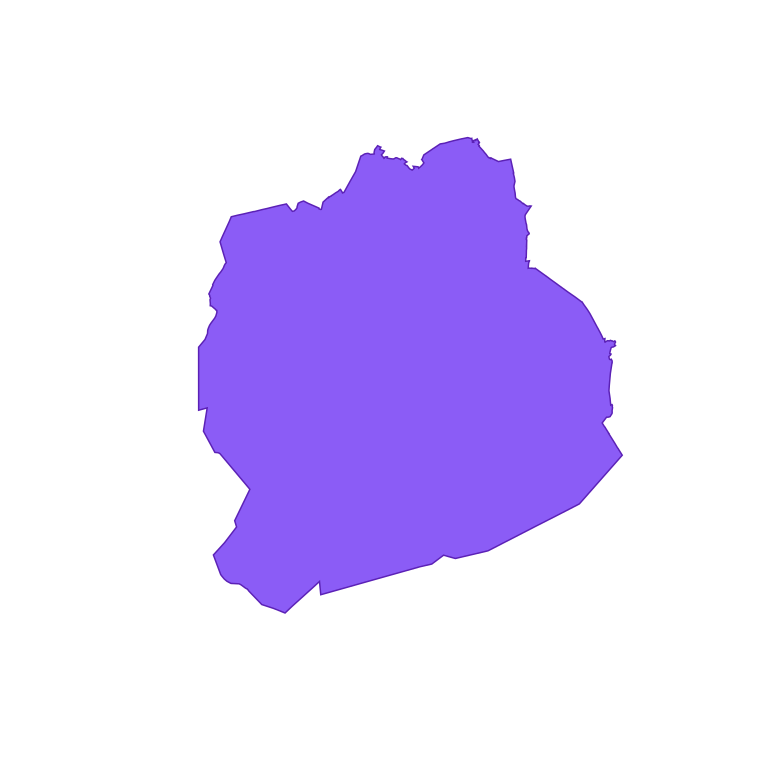 the district of Winterswijk, Gelderland, Netherlands, rotated 132°
{"feature_id": "6326949B79169073187594", "entity_name": "Winterswijk", "entity_type": "district", "adm_level": 2, "iso_a3": "NLD", "parent_name": "Netherlands", "parent_adm1": "Gelderland", "projection": "robinson", "projection_center": [6.688, 51.968], "detail": "fine", "context": "isolated", "style": "filled", "palette": "violet", "viewbox_px": 768, "rotation_deg": 132, "n_neighbors": 0, "source": "geoboundaries", "source_scale": "gbopen_adm2", "svg_char_len": 5979}
<svg xmlns="http://www.w3.org/2000/svg" viewBox="0 0 768 768"><g transform="rotate(132 384 384)"><path d="M230.2,553.7L245.2,547.2L256.6,544.7L268.2,542.0L268.6,542.0L269.4,542.6L269.8,542.7L269.8,542.8L269.5,543.3L269.3,543.7L269.2,544.4L268.6,546.1L268.6,546.7L269.9,546.9L271.6,547.0L274.1,547.8L278.0,548.7L279.2,549.1L279.7,549.0L280.1,549.3L280.3,549.4L280.5,549.4L281.0,549.6L281.4,549.6L281.8,549.8L281.8,550.2L282.1,550.3L282.2,550.1L282.4,549.8L282.7,549.8L282.8,550.1L283.1,550.2L283.4,550.4L289.6,551.0L296.1,547.4L296.8,548.0L297.3,549.6L296.8,550.0L298.4,554.9L300.6,561.5L301.8,566.2L304.5,567.7L307.1,568.7L308.5,568.1L310.6,567.1L311.1,566.6L312.7,566.3L313.2,566.4L314.3,566.4L315.3,566.5L315.8,566.7L316.3,567.1L317.0,567.6L316.6,570.7L315.5,577.0L317.6,578.5L321.2,581.1L328.5,586.1L331.5,588.1L336.0,591.3L342.3,595.5L343.3,596.4L351.5,602.1L356.6,605.8L361.9,609.4L367.1,607.6L382.8,602.7L385.5,601.8L387.8,601.1L388.1,600.9L394.6,590.4L399.4,582.4L401.0,582.4L402.7,582.0L404.8,581.2L406.2,580.8L407.7,580.6L409.9,580.3L412.4,580.2L417.6,579.5L420.2,579.1L424.8,577.8L425.2,577.1L427.5,576.4L434.3,574.4L434.7,573.0L435.5,572.1L436.3,570.3L437.8,569.7L440.4,566.9L442.1,565.5L441.4,564.3L441.3,559.7L441.2,559.4L441.5,558.4L441.2,557.5L442.6,556.1L445.9,554.5L448.3,553.9L454.7,553.3L457.1,552.9L460.0,551.9L462.0,551.0L464.6,548.9L470.7,546.8L480.7,546.4L527.5,504.2L520.1,499.4L539.9,486.6L544.7,473.1L548.0,463.9L546.0,461.2L545.5,459.4L552.0,413.2L585.5,403.5L588.9,397.9L608.5,396.3L625.2,396.4L634.9,377.8L635.2,376.4L635.8,372.3L635.7,368.7L634.6,364.3L629.4,357.9L628.9,355.8L628.4,350.6L628.0,348.7L627.8,348.4L628.3,345.9L628.5,343.3L629.5,329.4L629.7,327.3L624.7,316.0L620.4,304.3L610.3,303.5L583.4,300.7L573.9,299.8L582.9,290.0L527.1,254.8L513.5,246.2L495.9,235.1L485.8,228.0L471.4,225.2L465.9,214.2L438.4,195.1L388.3,176.1L364.1,166.8L342.4,158.6L277.5,159.3L275.5,166.3L275.5,166.2L275.4,166.5L275.3,166.9L275.3,167.0L275.1,168.0L273.5,173.1L270.5,183.7L270.3,183.6L270.1,184.5L268.4,190.4L268.3,190.5L268.0,192.3L267.1,195.4L266.9,195.8L259.8,196.4L258.6,195.2L257.1,194.2L256.7,194.2L255.9,194.4L254.9,194.5L254.7,194.6L253.7,194.7L253.2,194.9L252.7,195.2L251.0,196.8L250.5,197.1L250.3,197.2L249.9,197.5L248.7,198.3L248.5,198.5L248.2,199.1L248.0,199.3L247.2,199.8L246.7,200.8L246.9,201.0L248.0,201.4L243.3,206.5L240.5,209.9L238.5,212.3L234.2,215.7L224.6,222.9L215.6,228.8L215.5,228.7L215.3,228.9L214.2,229.9L213.5,231.7L213.9,231.9L214.3,231.9L214.5,232.1L214.7,233.0L214.1,233.9L213.4,235.0L213.1,235.3L212.3,235.2L211.6,235.1L210.2,235.1L209.8,235.5L210.2,236.0L210.3,236.2L210.3,236.6L210.1,236.8L209.3,237.3L206.5,238.8L205.0,239.5L204.8,239.5L204.2,239.3L202.9,238.3L200.9,237.7L200.5,237.6L200.4,237.7L200.4,238.0L200.7,238.6L200.7,238.8L200.1,239.4L199.0,239.7L198.8,239.8L198.3,239.9L197.9,240.0L197.6,240.7L197.5,241.3L198.8,241.7L199.1,242.5L199.1,242.8L199.2,243.2L199.3,243.3L199.6,243.6L200.0,244.9L200.1,245.0L201.3,245.4L201.8,246.3L202.2,246.8L202.6,247.0L203.1,247.2L204.9,247.7L205.0,247.9L205.0,248.1L204.7,248.4L204.2,248.8L204.1,249.0L202.4,250.2L203.9,251.2L202.4,254.6L200.9,258.4L200.4,259.9L199.8,261.5L199.7,261.7L199.1,263.6L197.0,269.4L194.0,277.8L193.2,280.6L192.6,282.8L191.3,288.7L190.5,291.7L190.7,291.8L191.5,300.5L192.6,309.0L194.9,330.9L195.1,333.3L196.8,348.9L196.8,349.0L197.1,348.9L197.8,349.9L198.9,351.5L199.0,351.4L199.1,351.5L201.2,354.2L201.4,354.3L199.7,355.7L198.7,356.4L198.5,356.6L197.2,357.5L196.7,357.8L195.7,358.0L195.4,358.2L195.1,358.4L197.8,360.6L198.0,360.8L195.4,363.1L195.0,362.8L191.7,365.6L189.5,367.5L188.0,368.6L185.4,370.9L185.5,370.9L181.4,374.3L181.3,374.5L181.4,374.9L180.2,375.9L179.9,375.7L178.5,376.9L178.4,376.8L177.5,376.9L175.2,376.6L175.0,376.9L174.6,377.7L174.5,377.9L174.6,378.3L174.5,378.7L174.0,380.0L173.4,381.0L173.1,381.5L170.3,384.6L169.9,385.2L169.5,386.0L166.4,390.0L165.5,391.0L165.2,391.3L164.5,391.8L163.7,392.2L163.3,392.3L153.3,393.7L154.0,394.7L155.0,395.5L155.5,395.9L155.8,396.4L156.1,396.8L156.2,397.5L156.5,399.4L156.5,400.2L156.6,401.3L157.0,401.3L157.0,405.2L157.4,406.6L157.5,408.2L157.9,409.5L157.9,410.0L157.2,411.3L154.4,414.3L152.9,416.3L150.7,419.1L150.1,419.7L149.6,420.1L146.0,422.1L145.6,422.4L145.5,422.6L143.4,425.2L140.8,429.0L140.4,428.8L132.2,440.3L137.8,444.6L142.1,447.8L144.2,454.9L144.3,455.7L144.9,456.3L145.0,456.2L145.0,456.3L145.2,456.2L145.6,457.1L145.7,457.5L145.7,457.8L145.7,458.7L145.2,461.1L145.1,461.3L145.0,462.0L144.9,462.8L144.7,464.5L144.4,465.8L143.7,472.7L143.0,472.8L142.9,474.4L140.7,474.6L140.6,474.8L141.1,475.2L140.4,475.8L140.2,476.7L139.5,478.7L141.3,478.9L141.0,479.3L143.1,480.3L144.3,479.0L145.1,479.9L145.1,480.1L144.9,480.1L142.9,483.0L143.1,483.0L144.8,486.6L149.4,490.0L149.5,490.1L151.9,491.8L153.5,492.9L156.5,495.0L160.9,497.9L161.3,498.1L164.4,500.0L168.0,502.9L175.9,504.9L176.4,505.1L176.8,505.1L176.7,505.1L187.1,507.7L191.6,506.1L191.9,506.2L193.0,502.3L195.4,502.1L197.1,502.2L198.3,502.3L200.4,502.6L199.9,503.4L199.8,503.8L199.8,504.0L200.0,504.3L202.7,508.0L203.4,505.9L206.1,506.1L206.3,506.4L206.4,507.0L206.9,508.8L206.9,509.1L206.7,510.6L206.2,513.0L206.5,513.4L206.6,513.8L206.8,514.5L206.8,516.2L205.5,516.2L203.6,515.6L203.8,516.7L203.8,518.2L204.0,519.4L204.0,519.8L203.8,520.9L204.2,521.4L204.3,521.6L204.4,521.9L206.1,521.8L206.2,522.6L206.8,524.1L207.1,525.2L207.3,525.8L207.5,526.1L207.8,526.5L208.4,526.8L210.2,527.3L210.3,527.5L211.0,528.2L212.5,530.4L214.0,532.8L212.9,533.4L213.0,533.7L214.5,535.1L215.8,534.9L216.3,535.0L215.9,536.5L215.8,537.3L215.7,539.1L215.7,539.3L215.9,539.3L215.3,539.3L214.7,539.2L214.1,539.2L213.0,539.2L210.6,539.6L211.5,541.8L212.6,544.1L211.2,544.6L210.1,544.8L210.4,545.5L210.6,546.0L211.0,547.6L211.2,548.2L212.6,548.0L215.9,547.8L217.2,547.1L218.7,546.2L219.5,545.2L220.2,545.7L222.4,547.7L223.0,549.6L223.4,550.3L223.8,550.7L225.5,552.0L226.2,552.4L229.1,553.2L230.2,553.7Z" fill="#8b5cf6" stroke="#5b21b6" stroke-width="1.5"/></g></svg>